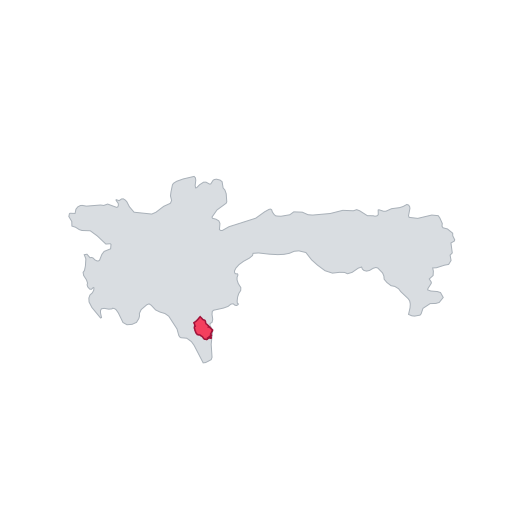 Xanakharm, Vientiane, Laos (highlighted), rotated 309°
{"feature_id": "54806243B76912612814401", "entity_name": "Xanakharm", "entity_type": "district", "adm_level": 2, "iso_a3": "LAO", "parent_name": "Laos", "parent_adm1": "Vientiane", "projection": "albers", "projection_center": [101.544, 18.104], "detail": "fine", "context": "in_parent", "style": "filled", "palette": "rose", "viewbox_px": 512, "rotation_deg": 309, "n_neighbors": 0, "source": "geoboundaries", "source_scale": "gbopen_adm2", "svg_char_len": 6796}
<svg xmlns="http://www.w3.org/2000/svg" viewBox="0 0 512 512"><g transform="rotate(309 256 256)"><path d="M185.9,89.0L188.0,92.8L197.8,103.1L199.5,105.9L203.0,108.0L206.1,117.2L207.3,117.7L208.9,117.1L210.2,115.8L211.2,112.2L211.8,111.9L212.9,114.8L215.7,115.6L216.9,116.9L217.2,119.1L216.9,121.4L214.6,126.6L213.3,133.7L223.0,148.6L227.0,150.7L236.5,153.0L243.1,156.3L246.0,155.5L248.9,151.7L252.3,149.6L258.7,146.3L260.5,146.1L264.1,147.3L270.0,150.9L278.9,157.8L278.6,159.7L277.0,161.5L272.4,164.4L270.9,166.2L271.8,166.9L275.8,167.3L280.4,168.8L281.9,170.6L282.7,174.8L283.6,175.5L287.9,175.0L289.2,175.5L290.8,176.9L292.4,180.3L292.4,182.9L288.2,187.6L287.7,190.3L285.6,193.7L279.7,199.2L278.2,199.6L267.2,196.7L258.6,197.3L257.9,198.4L259.4,201.7L259.9,205.0L258.6,207.5L253.6,210.9L253.5,212.3L254.5,213.7L261.8,216.6L285.2,232.0L295.8,234.9L300.5,236.8L301.7,237.9L301.7,239.2L300.5,241.0L299.6,244.1L299.6,246.0L300.7,247.8L302.6,250.4L309.3,256.3L314.1,257.6L319.2,264.4L320.8,270.4L323.4,274.2L335.8,287.0L346.1,294.7L352.4,303.2L355.4,305.1L356.4,308.2L357.4,317.2L361.0,321.7L361.8,323.5L363.4,324.8L365.1,325.0L368.6,322.0L369.3,322.4L371.1,327.1L372.6,328.8L378.1,331.6L384.0,337.2L387.1,339.2L391.0,340.8L391.6,342.6L391.0,344.4L389.8,345.7L383.2,349.2L382.4,350.7L387.0,358.0L398.4,366.8L402.0,372.2L401.3,374.8L398.5,380.3L396.2,381.8L395.6,383.5L397.5,387.8L397.5,394.5L395.5,396.2L393.6,400.3L392.3,400.7L388.8,399.3L381.9,406.6L378.8,406.3L375.3,410.4L370.7,411.0L367.4,408.2L360.4,403.6L357.9,400.8L355.8,403.4L352.3,405.9L347.2,405.1L346.0,408.7L345.0,409.4L338.8,410.1L337.7,410.7L338.8,413.9L342.5,419.3L343.7,422.4L341.6,427.6L335.2,427.6L332.3,425.6L328.6,421.3L320.4,418.7L315.0,420.7L313.3,420.7L309.1,417.1L307.6,414.8L306.6,411.3L312.7,408.3L315.8,406.1L317.8,403.7L318.6,401.2L319.4,391.0L320.3,387.4L319.7,383.0L317.9,379.6L317.8,374.4L318.6,370.2L320.9,368.0L322.5,365.0L323.3,358.2L322.5,356.4L320.2,354.8L316.2,353.3L313.8,351.4L312.7,349.0L312.8,346.9L313.9,345.0L310.9,343.1L303.8,341.0L299.8,338.3L299.0,335.2L295.9,331.2L290.8,326.2L288.0,318.9L287.6,309.4L288.0,301.6L290.1,292.6L287.0,286.1L283.7,282.7L279.2,280.3L274.9,276.7L270.8,272.1L265.8,265.2L260.0,256.1L256.2,252.0L254.2,253.0L250.2,252.2L243.9,249.6L238.5,248.2L233.8,248.0L230.8,248.7L229.4,250.1L229.4,251.5L230.5,252.9L229.9,253.9L227.5,254.7L225.5,256.3L223.4,259.6L221.9,264.1L219.6,265.8L216.0,266.2L212.6,267.5L209.1,269.7L207.5,271.3L207.7,272.4L207.0,272.7L205.3,272.1L204.5,270.6L204.5,268.3L202.8,266.8L199.2,266.0L195.1,263.5L187.2,257.2L185.4,256.9L182.9,258.6L179.6,262.2L176.8,263.6L174.6,262.8L172.9,264.1L171.8,267.4L169.6,269.9L159.1,276.8L149.6,285.6L147.2,286.4L141.5,283.9L139.7,282.2L147.6,264.1L148.8,259.7L148.5,253.9L145.2,249.0L145.1,247.6L145.6,246.1L149.6,240.5L154.3,226.1L154.0,221.5L152.0,216.6L150.9,211.9L151.8,205.5L151.5,203.0L149.3,201.8L142.1,200.5L138.0,201.5L136.1,203.2L133.7,204.3L129.2,204.9L124.9,202.7L121.4,199.0L120.6,194.5L125.1,184.9L126.2,181.1L126.1,179.4L125.3,177.5L124.2,177.3L122.0,175.0L119.8,171.0L117.7,169.1L115.7,169.5L113.9,171.0L110.9,174.7L110.0,174.2L112.7,160.9L115.2,155.2L118.1,152.6L121.2,151.5L124.4,152.0L127.2,151.5L129.3,150.1L129.1,149.3L126.6,149.1L125.6,147.6L126.1,144.7L127.3,142.9L129.0,142.1L130.8,139.2L132.4,134.3L134.5,131.9L136.8,131.8L140.9,129.7L146.7,125.6L148.9,121.7L151.0,123.5L150.2,128.1L151.4,129.1L151.9,130.7L151.6,133.3L152.1,135.5L152.9,136.6L154.2,137.1L160.3,135.2L164.0,135.1L170.1,138.5L173.8,136.0L173.8,135.0L170.8,131.8L171.7,120.1L171.3,111.3L166.3,104.7L165.3,102.1L164.8,97.7L163.4,94.1L166.9,91.1L168.9,85.7L171.4,84.4L172.2,84.6L175.2,88.6L179.1,86.6L182.0,86.6L184.6,87.7L185.9,89.0Z" fill="#d9dde1" stroke="#a8b0b8" stroke-width="1"/><path d="M164.3,272.7L164.5,272.5L164.6,272.3L164.6,272.2L164.8,272.0L164.9,271.8L165.0,271.5L165.0,271.4L165.0,271.1L165.1,270.9L165.2,270.7L165.3,270.7L165.5,270.8L165.7,271.3L165.8,271.5L166.0,271.5L166.1,271.4L166.3,271.3L166.3,271.2L166.3,270.9L166.5,270.8L166.5,270.7L166.7,270.4L166.7,270.1L166.7,269.9L166.8,269.9L167.0,269.7L167.3,269.7L167.7,269.7L167.9,269.7L168.0,269.7L168.3,269.5L168.5,269.5L169.1,269.3L169.2,269.2L169.3,269.2L169.5,269.1L169.8,269.0L170.0,269.0L170.3,269.1L170.2,269.3L170.3,269.3L170.5,269.3L170.6,269.2L170.8,269.1L171.1,268.9L171.3,268.7L171.3,268.4L171.2,268.1L171.1,267.9L171.1,267.7L171.2,267.4L171.3,267.3L171.3,267.1L171.4,266.9L171.4,266.7L171.2,266.5L171.2,266.3L171.2,266.2L171.3,266.0L171.4,265.8L171.5,265.6L171.5,265.4L171.6,265.2L171.7,264.7L171.7,264.4L171.6,264.2L171.4,264.3L171.4,264.2L171.2,264.0L171.3,264.0L171.3,263.9L171.3,263.7L171.3,263.4L171.5,263.2L171.8,263.0L171.8,262.9L171.9,262.7L171.8,262.2L171.9,261.8L171.9,261.5L172.0,261.1L171.9,260.3L171.9,260.0L171.9,259.8L172.0,259.6L172.1,259.4L172.3,259.1L172.4,258.9L172.9,258.4L173.4,257.8L173.7,257.2L173.8,256.8L173.8,256.4L173.6,256.0L173.4,255.6L173.3,255.1L173.2,254.7L173.2,254.1L173.4,253.5L173.5,252.6L173.6,251.4L173.7,250.8L172.6,250.7L170.1,250.7L167.4,250.4L165.0,249.7L164.9,249.8L164.8,250.0L164.7,250.3L164.7,250.5L164.6,250.8L164.5,251.0L164.3,251.2L164.2,251.3L164.0,251.5L163.9,251.7L163.8,251.8L163.7,251.8L163.6,252.0L163.4,252.2L163.4,252.3L163.3,252.5L163.3,252.9L163.2,252.9L163.1,253.0L162.9,252.9L162.7,252.8L162.4,252.7L162.2,252.7L162.1,252.8L161.8,253.0L161.7,253.0L161.4,253.2L161.2,253.4L161.1,253.5L161.0,253.8L160.9,253.9L160.9,254.0L160.7,254.3L160.6,254.5L160.4,254.7L160.3,254.8L160.2,254.9L160.1,255.0L159.9,255.2L159.8,255.3L159.7,255.5L159.5,255.9L159.5,256.0L159.4,256.1L159.4,256.3L159.2,256.5L159.0,256.8L158.9,256.9L158.9,257.0L158.7,257.3L158.6,257.7L158.5,257.8L158.4,257.9L158.4,258.0L158.3,258.3L158.3,258.6L158.2,258.8L158.2,259.0L158.1,259.3L158.1,259.5L158.0,259.8L158.2,260.0L158.3,260.3L158.3,260.5L158.5,260.7L158.5,260.8L158.5,261.0L158.7,261.3L158.8,261.4L158.8,261.5L159.1,261.7L159.1,261.8L159.2,262.0L159.3,262.2L159.4,262.4L159.4,262.6L159.4,262.8L159.3,263.0L159.3,263.3L159.3,263.6L159.4,263.8L159.5,264.2L159.5,264.3L159.5,264.5L159.5,264.8L159.5,265.0L159.5,265.4L159.5,265.5L159.4,265.8L159.2,266.3L159.1,266.8L159.0,267.0L159.0,267.3L158.9,267.5L158.9,267.8L158.9,268.0L159.0,268.4L159.0,268.5L159.2,268.8L159.5,269.1L159.6,269.3L159.7,269.5L159.8,269.8L159.8,270.0L160.0,270.1L160.2,270.3L160.4,270.5L160.5,270.5L160.8,270.6L161.0,270.5L161.2,270.4L161.4,270.3L161.5,270.1L161.8,269.9L162.0,270.0L162.1,270.5L162.1,270.9L162.2,271.1L162.3,271.2L162.5,271.2L162.8,271.1L163.0,270.9L163.2,270.6L163.3,270.5L163.5,270.4L163.8,270.3L164.0,270.4L164.1,270.5L164.0,270.9L164.0,271.1L163.9,271.2L163.9,271.3L163.6,271.6L163.5,271.9L163.5,272.0L163.5,272.3L163.5,272.5L163.7,272.8L163.8,272.8L164.0,272.9L164.3,272.7Z" fill="#f43f5e" stroke="#9f1239" stroke-width="1.5"/></g></svg>